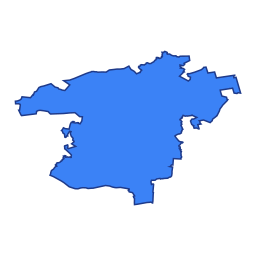 Vānes pag., Kandavas, Latvia
{"feature_id": "27541924B3957648915693", "entity_name": "Vānes pag.", "entity_type": "district", "adm_level": 2, "iso_a3": "LVA", "parent_name": "Latvia", "parent_adm1": "Kandavas", "projection": "robinson", "projection_center": [22.617, 56.905], "detail": "fine", "context": "isolated", "style": "filled", "palette": "blue", "viewbox_px": 256, "rotation_deg": 0, "n_neighbors": 0, "source": "geoboundaries", "source_scale": "gbopen_adm2", "svg_char_len": 5670}
<svg xmlns="http://www.w3.org/2000/svg" viewBox="0 0 256 256"><path d="M162.0,52.3L162.6,53.8L162.2,54.3L162.1,54.7L162.3,54.9L162.4,56.1L161.6,56.3L161.5,56.5L161.9,57.0L161.4,57.3L161.1,57.9L159.8,58.5L159.0,58.4L158.8,58.3L159.1,58.0L158.9,57.8L157.8,57.5L156.4,57.5L156.3,57.8L156.7,58.7L156.1,58.9L156.0,59.1L156.0,59.5L155.8,59.9L155.0,60.2L153.7,61.9L152.5,62.4L150.9,63.5L149.1,63.6L147.6,62.8L146.6,62.9L146.2,63.1L146.2,63.4L145.6,64.2L144.9,64.4L144.4,64.9L141.3,64.7L140.4,65.1L140.5,65.6L139.7,66.3L139.0,66.2L138.6,66.7L138.8,67.2L138.6,67.5L139.7,68.8L141.5,69.9L141.7,70.3L141.6,70.5L141.0,70.7L140.6,71.4L140.2,71.7L140.2,71.9L140.3,72.3L140.2,72.5L138.9,72.8L136.5,73.8L134.4,71.5L132.7,70.4L131.1,69.6L129.5,67.2L128.9,66.1L124.1,68.6L119.9,69.1L116.9,69.1L109.3,70.0L106.2,72.1L102.1,72.0L97.8,72.2L96.6,71.8L95.2,71.8L93.5,71.5L91.3,71.6L90.8,72.1L89.3,72.4L85.9,73.6L74.4,78.4L69.7,80.1L63.7,80.7L69.8,84.9L64.9,90.5L62.2,90.1L61.1,89.6L58.7,88.9L58.0,87.8L55.1,87.1L51.0,83.7L43.7,86.0L40.9,86.6L39.0,87.5L38.6,88.0L38.0,89.0L36.5,91.3L34.5,92.0L33.4,94.9L33.0,94.6L30.5,97.7L22.0,96.8L21.3,98.9L19.8,100.1L17.3,101.0L15.4,101.2L15.6,103.8L17.8,103.8L18.4,103.7L20.1,104.3L20.3,105.0L19.6,110.1L18.7,110.2L21.0,115.0L21.6,115.6L36.2,113.8L36.6,111.4L38.0,110.6L40.0,110.3L44.1,110.8L48.3,111.6L49.4,113.0L50.5,114.0L63.6,113.5L69.9,112.9L74.6,112.7L75.3,112.9L79.6,116.6L82.4,116.8L81.8,121.0L80.1,123.8L78.6,123.4L78.8,123.1L78.4,122.7L77.9,122.6L75.5,123.0L72.6,122.5L73.7,121.6L72.8,121.5L72.0,122.4L71.4,122.2L70.6,123.5L70.1,124.9L69.1,129.1L65.0,128.6L64.4,128.2L63.4,127.8L62.7,129.1L61.5,130.6L62.0,130.8L62.5,131.4L62.9,132.9L63.4,133.4L64.0,133.7L64.5,134.3L64.8,137.1L65.3,137.4L65.9,137.3L66.8,135.8L67.7,136.0L67.6,134.4L69.6,131.3L71.0,131.6L70.5,132.8L70.4,133.9L71.3,136.3L73.1,138.3L72.7,140.1L74.0,141.2L74.0,141.8L71.6,143.8L75.6,146.4L68.2,148.7L67.4,148.0L67.9,147.1L67.9,145.8L67.6,144.9L64.6,145.9L64.5,146.7L64.7,147.4L64.7,148.8L66.1,149.9L70.1,153.6L71.4,155.0L71.1,156.9L71.2,157.3L70.9,157.5L70.0,156.9L69.3,157.2L68.2,157.2L67.5,156.9L66.9,157.2L65.6,157.2L65.7,156.9L65.3,156.6L65.9,156.3L65.8,155.8L64.8,155.6L64.6,155.8L64.8,155.9L64.7,156.0L64.5,155.9L63.8,156.0L64.1,156.3L63.7,156.4L63.4,156.8L63.5,157.5L63.2,157.8L63.4,158.0L63.9,158.4L63.9,158.7L63.1,159.3L62.9,159.2L62.8,159.4L62.2,159.6L62.3,160.2L61.6,160.9L61.0,161.0L60.9,161.2L61.1,161.3L59.6,162.4L58.6,162.7L57.3,162.8L56.6,163.2L56.5,163.8L55.9,164.6L55.4,164.9L55.5,165.2L56.5,165.2L56.4,165.8L56.7,166.2L55.6,166.5L54.4,167.8L53.5,169.2L52.4,169.8L51.4,170.7L50.8,172.5L50.6,173.9L50.0,175.2L53.4,176.6L61.2,180.9L64.0,182.7L69.2,186.8L75.1,188.7L78.0,188.8L80.5,188.0L82.6,187.7L85.9,187.8L88.0,188.5L91.8,188.2L93.0,188.2L105.5,185.5L109.6,186.0L112.3,187.0L115.0,187.6L116.5,187.7L120.5,187.4L129.1,188.9L129.2,189.2L128.9,189.6L129.0,189.8L128.8,189.9L128.5,190.2L128.4,190.2L128.3,190.5L128.7,190.6L129.2,191.9L132.1,192.5L132.6,192.8L134.6,195.9L133.4,196.4L133.8,197.7L134.5,198.3L134.4,202.8L134.5,204.6L137.5,204.2L147.0,202.5L149.8,202.3L150.5,202.1L151.6,202.3L152.1,202.9L152.6,203.0L152.9,201.1L153.2,194.1L153.4,192.5L152.9,192.2L153.6,184.3L153.0,183.9L151.5,184.5L150.9,181.8L151.5,180.3L155.1,180.2L156.6,179.0L160.0,178.4L160.4,179.0L162.1,178.6L162.9,178.8L163.2,178.5L167.8,178.2L169.3,177.2L170.6,177.0L171.6,175.9L172.0,173.5L172.0,171.3L172.6,167.1L170.0,166.6L170.3,166.5L171.5,164.9L172.9,165.0L173.4,158.6L180.9,159.0L180.8,158.1L181.5,157.6L181.6,156.5L181.0,155.5L181.1,154.4L180.9,152.9L181.4,151.6L180.7,151.3L180.4,150.7L181.1,149.9L180.6,149.5L180.0,149.4L179.5,148.8L179.9,148.7L180.3,148.3L180.1,146.9L179.1,146.8L178.9,145.6L179.9,144.9L181.2,143.0L182.5,142.9L182.9,142.3L182.4,142.0L180.1,141.7L178.8,141.0L176.2,137.9L174.9,136.0L176.6,134.8L179.1,133.8L179.7,134.0L181.4,132.9L181.3,131.7L181.7,131.5L181.9,130.9L181.7,130.8L181.7,130.6L182.4,129.7L182.9,129.3L182.6,128.7L182.2,128.5L182.1,127.4L181.5,126.6L181.4,125.9L181.0,125.6L181.2,124.7L181.9,124.1L181.3,123.5L181.2,123.1L181.6,122.3L181.4,122.2L181.5,122.1L181.9,121.7L181.3,120.9L180.2,120.1L179.9,119.7L180.2,119.1L181.0,118.8L181.0,118.4L181.3,118.3L181.5,118.5L181.9,118.3L182.2,117.7L181.8,117.2L182.6,116.7L183.0,115.6L183.0,115.4L183.6,115.4L185.1,116.2L186.4,115.9L187.1,116.1L191.5,115.5L192.0,115.1L193.0,115.7L196.8,117.4L193.5,119.1L192.0,119.0L190.5,121.0L191.4,123.6L191.8,124.5L193.1,125.4L192.9,125.4L193.6,126.6L194.1,128.2L196.4,128.0L198.1,128.5L198.3,128.9L199.1,128.8L197.8,124.6L201.0,124.0L200.0,122.9L199.9,121.4L199.3,120.8L203.5,120.0L210.2,122.6L210.5,122.4L211.3,121.4L212.2,120.8L212.5,119.5L212.7,119.1L215.2,117.2L216.5,116.1L216.7,115.7L217.0,115.7L219.4,110.9L220.0,108.9L222.0,106.3L222.4,105.5L227.1,100.7L227.8,99.6L227.1,99.4L226.5,97.2L222.0,96.1L221.8,95.8L220.8,92.7L220.2,90.1L229.3,88.7L229.6,88.5L230.1,88.6L232.6,88.2L234.1,93.1L237.0,93.5L238.0,92.7L240.6,93.1L236.0,77.3L233.9,77.7L233.7,76.2L233.9,75.8L234.7,75.4L234.7,75.2L216.4,77.9L214.6,72.0L207.9,73.0L206.0,67.1L203.6,67.4L203.1,68.3L201.3,69.7L199.5,70.4L194.6,72.2L189.5,73.7L187.8,73.6L187.2,74.2L187.8,75.0L188.1,76.2L190.5,77.2L190.2,79.0L190.2,79.5L188.3,81.0L179.5,76.2L183.0,72.8L182.9,72.3L184.3,71.9L183.6,71.1L184.6,69.4L183.3,68.5L180.5,68.1L181.3,67.2L180.1,66.6L180.0,65.0L183.1,65.7L184.6,64.5L184.6,63.7L184.1,63.3L189.7,60.5L189.1,56.1L180.3,56.2L179.9,56.3L179.0,57.0L178.3,56.9L176.6,56.6L176.0,55.8L173.6,55.9L171.5,55.3L170.5,54.5L169.3,54.0L167.4,54.1L167.0,53.8L167.0,53.5L167.3,52.7L167.1,52.4L166.8,52.2L165.1,51.5L164.7,51.4L164.2,51.7L163.8,52.4L162.0,52.3Z" fill="#3b82f6" stroke="#1e3a8a" stroke-width="1.5"/></svg>